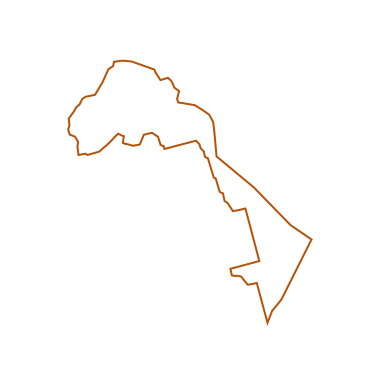 outline of Koneurgenc, Tashauz, Turkmenistan, rotated 254°
{"feature_id": "10190150B53844356403959", "entity_name": "Koneurgenc", "entity_type": "district", "adm_level": 2, "iso_a3": "TKM", "parent_name": "Turkmenistan", "parent_adm1": "Tashauz", "projection": "orthographic", "projection_center": [58.858, 42.114], "detail": "fine", "context": "isolated", "style": "outline", "palette": "amber", "viewbox_px": 384, "rotation_deg": 254, "n_neighbors": 0, "source": "geoboundaries", "source_scale": "gbopen_adm2", "svg_char_len": 1750}
<svg xmlns="http://www.w3.org/2000/svg" viewBox="0 0 384 384"><g transform="rotate(254 192 192)"><path d="M45.4,228.5L55.6,236.2L63.9,248.2L113.4,293.8L133.0,277.6L179.2,252.8L219.4,225.4L244.5,230.2L253.3,231.6L256.1,231.1L261.8,229.7L268.5,224.2L274.6,218.7L277.4,213.0L280.5,206.5L281.1,205.2L281.6,203.8L281.8,203.8L281.9,203.5L285.5,203.3L292.6,207.4L297.2,203.8L301.7,203.3L304.7,202.6L308.0,200.6L308.4,200.4L308.3,195.1L308.2,192.6L308.3,192.5L317.4,189.8L318.9,189.8L319.6,189.6L320.1,189.5L331.0,174.3L333.6,170.6L334.1,169.9L334.9,167.9L336.2,164.7L336.6,163.6L337.6,160.7L338.6,152.8L337.1,152.1L334.8,150.9L333.9,148.0L333.3,146.2L333.1,145.5L322.0,136.1L312.2,125.6L312.4,122.1L312.9,115.9L311.6,112.1L307.2,108.1L305.3,104.0L302.1,100.8L296.6,93.8L289.6,92.5L286.3,90.2L280.9,90.3L277.4,94.8L271.8,96.3L267.2,94.4L258.9,93.1L258.8,93.4L258.3,99.8L257.5,100.7L256.4,101.9L256.4,113.0L256.5,114.4L258.6,118.5L260.5,122.9L263.0,127.6L264.0,129.3L266.2,132.8L268.4,137.1L265.7,140.0L264.5,141.9L258.2,139.0L256.6,141.3L256.2,142.3L254.1,145.8L252.7,148.2L252.1,153.4L252.2,155.0L260.3,161.5L260.0,169.4L259.7,169.7L259.6,170.2L256.4,172.8L254.6,174.5L245.9,174.8L244.8,176.1L244.2,177.3L242.6,177.2L241.0,177.4L240.2,210.0L235.9,212.3L232.8,212.3L231.6,212.4L227.6,214.6L226.7,214.4L222.0,214.2L220.1,216.6L219.3,216.6L199.8,216.9L198.8,218.3L198.5,218.3L198.4,218.5L184.5,218.7L183.2,220.0L182.2,221.4L175.5,220.9L174.3,220.9L173.7,221.3L171.9,223.0L162.3,226.1L161.7,232.5L161.5,238.5L161.1,238.5L161.0,238.8L107.1,237.7L107.5,211.8L107.6,207.8L101.0,207.3L99.9,209.2L99.6,209.5L99.1,212.1L99.1,212.3L97.9,214.5L97.2,216.0L92.1,218.0L87.5,220.1L87.1,223.1L86.7,229.2L45.4,228.5Z" fill="none" stroke="#b45309" stroke-width="2"/></g></svg>